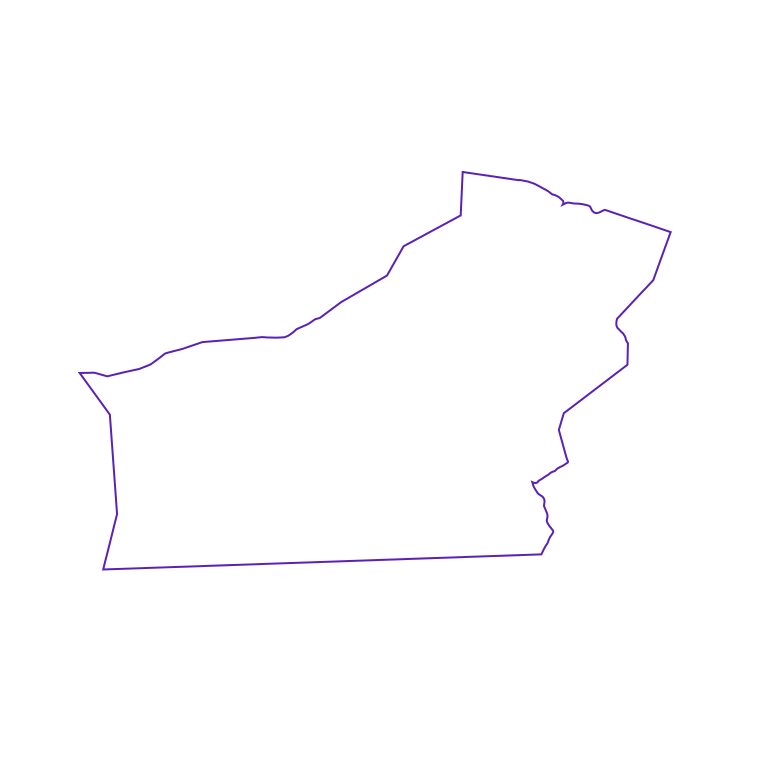 Santmargac, Dzavhan, Mongolia, rotated 350°
{"feature_id": "93677404B94621448134169", "entity_name": "Santmargac", "entity_type": "district", "adm_level": 2, "iso_a3": "MNG", "parent_name": "Mongolia", "parent_adm1": "Dzavhan", "projection": "equal_earth", "projection_center": [95.33, 48.6], "detail": "fine", "context": "isolated", "style": "outline", "palette": "violet", "viewbox_px": 768, "rotation_deg": 350, "n_neighbors": 0, "source": "geoboundaries", "source_scale": "gbopen_adm2", "svg_char_len": 3073}
<svg xmlns="http://www.w3.org/2000/svg" viewBox="0 0 768 768"><g transform="rotate(350 384 384)"><path d="M692.7,284.2L684.9,279.9L678.4,276.3L653.2,262.6L652.7,262.3L631.9,250.9L630.1,251.1L629.0,251.5L627.5,252.0L626.6,252.2L625.5,252.5L624.5,252.6L623.1,252.6L621.9,252.3L620.7,251.5L619.9,250.6L619.0,249.3L618.4,247.3L618.1,246.2L617.8,245.2L617.4,244.8L616.7,244.1L615.7,243.5L613.9,242.7L611.0,241.5L608.7,240.7L604.7,239.7L602.5,239.2L601.3,238.9L599.3,238.1L598.1,237.7L596.6,237.3L595.5,237.4L594.8,237.4L591.0,238.5L591.9,237.3L592.1,236.7L592.2,236.0L592.2,235.5L592.2,235.0L591.3,233.6L588.8,230.4L586.6,228.6L584.9,227.5L583.6,226.9L582.8,226.6L581.8,225.6L579.3,222.8L576.9,220.7L575.0,219.3L571.2,216.2L568.2,213.9L566.1,212.4L563.8,211.2L561.3,209.8L557.5,208.3L553.4,206.8L552.9,206.6L552.4,206.8L498.3,188.9L488.8,231.3L427.3,251.7L405.8,277.7L356.0,295.9L332.3,307.8L327.3,308.3L322.5,310.6L319.3,311.9L307.5,314.8L303.2,317.5L298.3,319.8L294.3,320.7L290.8,320.3L286.1,319.7L277.1,317.9L272.0,316.6L264.6,316.1L212.4,311.2L202.7,312.7L191.0,314.5L183.0,315.1L176.9,315.6L173.6,316.0L170.5,317.7L164.3,320.9L157.5,324.2L145.5,326.7L130.1,327.3L114.2,328.3L112.8,328.4L100.8,322.6L86.2,320.3L107.7,364.5L107.9,365.0L108.7,366.6L101.4,437.8L100.2,449.5L98.5,465.9L94.6,474.5L91.6,481.3L85.6,494.8L82.0,502.8L80.2,506.8L77.4,513.0L75.3,517.9L509.4,579.1L512.9,574.2L515.1,571.5L516.8,569.8L517.4,569.1L518.1,567.9L520.1,564.7L521.1,563.4L523.1,561.4L524.0,560.4L524.4,560.0L524.8,559.5L525.0,558.9L525.0,558.0L524.8,557.3L522.0,552.1L521.3,550.3L520.8,549.3L520.7,548.0L520.6,546.9L520.7,546.3L520.9,545.7L521.4,544.5L522.0,543.0L522.1,542.2L522.2,540.6L521.9,538.6L520.9,534.2L520.6,533.0L520.4,532.3L520.5,531.4L520.8,530.4L521.4,528.6L521.5,528.2L521.7,527.3L521.8,526.5L521.8,525.6L521.7,525.2L521.6,524.7L521.1,523.6L520.7,522.7L520.2,522.2L519.8,521.7L518.6,520.7L517.9,520.0L517.0,519.1L516.2,517.8L514.3,513.1L513.6,511.0L513.4,509.8L513.2,508.5L513.2,507.9L513.0,506.4L514.1,507.1L514.5,507.4L515.1,507.6L515.9,507.8L517.0,507.8L517.6,507.7L518.1,507.5L518.6,506.9L519.2,506.5L519.7,506.1L520.2,505.9L520.9,505.6L521.8,505.3L522.8,505.0L524.4,504.2L525.9,503.5L529.1,502.2L530.1,501.9L530.7,501.5L531.5,501.0L532.2,500.6L533.4,500.1L534.7,499.8L535.6,499.6L537.0,499.4L537.6,499.1L539.0,498.1L539.5,497.7L540.3,497.3L541.3,496.9L542.0,496.7L543.0,496.3L544.2,496.1L546.1,495.5L547.9,494.7L548.9,494.3L549.6,493.9L550.3,493.7L550.9,493.5L551.2,493.3L551.5,493.0L551.6,492.9L551.7,492.3L551.1,489.2L551.0,488.8L551.0,488.4L550.9,488.1L548.2,459.6L556.0,444.0L592.8,425.0L621.1,410.4L627.1,407.3L627.8,403.8L629.3,396.2L629.4,395.7L631.3,386.3L630.9,385.5L630.5,384.7L630.3,383.7L630.0,383.1L629.9,382.1L629.9,380.9L629.8,380.2L629.4,378.4L628.8,377.1L628.3,375.8L627.3,374.6L625.7,372.3L625.1,371.4L624.6,370.6L623.7,369.4L623.3,368.1L623.1,366.9L623.1,365.8L623.4,364.4L623.7,363.0L624.9,360.2L655.1,337.5L655.7,337.1L667.2,328.5L676.2,312.8L682.4,302.0L682.6,301.7L685.4,296.8L692.7,284.2Z" fill="none" stroke="#5b21b6" stroke-width="2"/></g></svg>